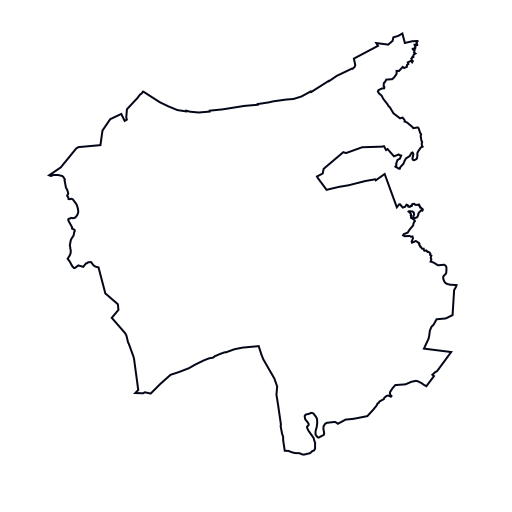 Lendžu pag., Rezeknes, Latvia, rotated 173°
{"feature_id": "27541924B30394779880329", "entity_name": "Lendžu pag.", "entity_type": "district", "adm_level": 2, "iso_a3": "LVA", "parent_name": "Latvia", "parent_adm1": "Rezeknes", "projection": "mercator", "projection_center": [27.481, 56.572], "detail": "fine", "context": "isolated", "style": "outline", "palette": "ink", "viewbox_px": 512, "rotation_deg": 173, "n_neighbors": 0, "source": "geoboundaries", "source_scale": "gbopen_adm2", "svg_char_len": 5895}
<svg xmlns="http://www.w3.org/2000/svg" viewBox="0 0 512 512"><g transform="rotate(173 256 256)"><path d="M74.0,136.9L100.6,143.6L94.8,152.9L93.7,156.1L92.5,160.8L90.4,164.4L88.1,166.2L84.5,171.2L75.3,170.9L68.1,173.4L63.5,198.0L61.3,201.0L60.5,202.7L66.5,203.8L69.2,204.7L71.3,206.1L72.3,208.0L72.9,210.6L72.8,212.0L72.5,213.0L69.8,215.2L69.2,216.3L68.6,219.4L68.4,221.8L69.0,223.3L70.3,224.4L76.5,224.6L80.6,227.9L83.4,229.2L82.4,231.0L82.4,231.6L82.8,232.4L82.8,233.1L81.9,235.0L83.1,236.0L82.7,237.0L83.2,238.1L84.4,239.1L85.2,239.1L86.2,240.7L87.9,240.6L88.5,241.0L88.7,242.8L90.0,242.9L90.6,243.5L91.1,244.7L91.7,245.0L92.0,245.7L91.8,246.1L92.7,247.3L92.7,247.7L92.4,248.1L92.6,248.4L92.4,248.6L92.8,249.3L93.7,249.8L94.7,250.8L95.6,251.4L99.5,250.2L99.8,251.2L98.0,254.5L98.2,255.0L98.3,256.3L100.0,256.3L101.1,257.2L105.9,257.5L107.5,258.6L106.7,259.7L102.6,260.7L100.5,263.3L96.3,267.2L95.7,269.2L94.7,270.7L94.1,271.1L94.1,271.9L95.2,273.2L97.5,275.0L97.2,276.8L97.4,277.1L97.1,277.3L97.1,278.4L97.3,278.5L97.4,279.5L99.1,281.5L98.5,281.8L95.2,281.1L94.1,279.9L94.0,277.9L94.7,276.9L95.2,275.4L94.8,274.1L91.6,274.7L90.6,275.8L89.8,277.3L89.8,278.1L89.1,279.1L86.4,281.3L85.7,281.4L85.7,280.9L85.4,280.7L84.9,281.3L84.8,282.1L86.5,283.9L87.0,283.9L87.4,284.9L87.2,285.2L87.8,285.8L87.7,286.8L88.0,287.3L88.8,287.0L91.6,287.3L92.6,288.5L94.5,288.5L95.1,286.9L95.5,286.6L96.3,287.0L96.9,286.7L97.1,286.1L97.8,286.0L98.9,286.5L99.1,287.9L100.3,288.6L102.1,286.7L104.4,286.2L106.8,289.8L107.5,289.9L110.3,287.2L118.3,321.7L127.9,316.5L128.4,317.6L138.5,317.1L155.7,314.9L165.2,314.5L177.9,313.1L185.1,325.8L185.8,327.5L179.8,329.7L178.2,334.3L156.7,348.4L154.1,347.2L137.4,351.0L117.8,349.2L115.6,349.4L114.0,345.3L112.4,346.1L106.9,338.1L102.0,339.4L101.7,338.9L99.7,338.0L101.3,335.1L103.9,334.0L105.7,330.3L105.5,329.5L105.6,328.9L106.8,327.8L106.6,327.4L104.8,326.4L104.2,325.6L103.0,325.1L102.5,325.2L102.4,326.0L101.7,326.8L98.5,329.5L96.8,332.5L95.2,334.6L91.2,336.5L89.0,339.4L88.1,339.7L87.5,338.7L87.5,337.5L88.9,333.5L88.5,332.3L87.3,331.8L85.1,332.6L84.3,333.3L83.5,336.3L83.5,337.4L83.1,338.9L82.3,340.1L79.2,343.6L77.3,344.2L77.8,345.6L77.9,347.0L77.2,349.0L77.7,350.2L77.9,352.4L77.8,353.4L78.0,354.2L77.8,355.7L77.3,356.3L77.4,357.0L78.1,358.3L79.0,363.0L79.8,363.9L84.3,363.7L84.8,364.7L89.7,370.0L92.1,371.4L91.7,372.2L93.6,375.5L96.3,375.1L102.2,380.9L105.0,387.3L106.2,388.6L107.0,390.6L110.5,396.4L111.8,399.9L114.1,402.4L115.0,404.4L114.3,405.6L113.1,406.1L110.7,406.9L108.4,406.8L108.0,408.0L108.6,409.1L108.0,412.1L106.6,413.2L105.2,415.2L99.3,414.9L97.2,416.4L94.6,419.2L94.2,419.9L93.9,422.6L91.5,422.2L87.3,425.8L86.1,424.5L83.2,425.4L82.9,427.1L81.4,428.0L81.8,429.6L78.1,430.9L77.4,429.3L76.6,430.3L77.2,430.9L77.8,432.9L77.5,433.4L76.7,433.7L76.4,434.6L75.6,434.4L75.2,436.2L74.4,437.0L73.1,437.5L74.3,438.7L73.6,440.7L74.4,441.1L75.2,442.1L75.2,442.5L73.9,442.4L73.3,443.2L73.0,442.5L72.7,442.5L72.0,445.0L72.9,446.0L72.9,446.3L70.3,445.8L70.3,446.8L70.9,447.7L70.4,448.2L70.4,449.0L68.7,449.7L74.7,450.1L82.3,449.3L83.6,459.0L88.1,457.1L93.0,456.3L94.2,452.9L99.0,449.7L110.7,452.7L109.3,449.7L134.8,440.0L134.2,433.4L135.2,431.5L137.5,430.0L138.0,430.3L154.0,424.9L161.3,421.1L162.5,420.6L162.6,420.9L181.3,412.0L181.6,412.7L191.4,408.8L199.6,407.3L207.1,407.6L220.0,407.4L224.8,406.9L235.8,406.6L235.8,405.9L249.5,406.4L271.3,405.6L284.3,405.9L284.4,405.0L295.4,405.4L304.0,407.3L307.5,408.7L307.6,408.0L316.2,410.4L324.9,415.3L332.8,420.4L347.8,432.9L348.3,432.9L349.3,431.5L351.6,430.2L354.6,427.1L366.2,417.4L367.9,409.4L367.6,407.1L369.9,406.1L372.4,413.4L384.0,409.6L393.1,399.2L396.9,385.0L419.0,385.7L421.4,384.6L438.9,367.8L451.5,361.3L449.8,360.4L447.0,361.1L442.5,360.5L438.6,359.0L437.7,358.1L436.4,355.3L436.9,354.1L436.7,353.5L436.3,346.9L435.3,344.7L434.8,341.5L434.9,340.4L435.9,339.3L436.1,338.7L435.2,337.1L435.1,335.4L434.2,335.1L432.1,335.3L430.9,334.5L428.1,329.6L427.5,328.0L427.0,324.5L427.0,321.5L427.6,320.0L428.4,318.5L429.7,317.1L431.1,316.0L433.0,315.8L435.0,316.4L436.1,315.8L437.5,315.7L437.9,314.9L437.9,314.0L435.0,306.8L435.3,305.7L432.9,304.0L432.8,302.9L433.7,301.7L433.7,301.1L434.6,298.5L437.1,295.6L438.0,294.0L439.5,289.3L439.3,287.1L439.4,286.0L439.2,283.9L439.6,281.6L440.7,279.4L443.3,276.2L441.7,273.5L439.6,268.3L438.2,266.3L437.4,266.1L433.5,268.3L428.8,266.3L425.6,269.4L424.6,269.4L423.4,270.2L420.5,270.1L418.7,267.0L417.7,265.8L416.0,264.7L413.7,263.9L410.1,237.2L399.0,225.0L399.1,219.3L406.7,212.2L395.2,195.2L394.3,192.7L393.5,185.7L393.0,184.6L390.0,171.6L389.6,169.0L389.2,137.4L392.5,134.7L384.7,133.5L383.0,134.3L377.3,132.3L366.8,140.5L355.3,148.5L347.1,150.1L336.3,152.8L329.4,155.7L320.3,158.8L315.3,160.1L310.8,160.4L309.2,161.5L303.8,163.1L299.0,164.2L297.4,164.1L288.6,166.1L280.3,166.7L264.3,166.2L262.7,157.8L261.4,152.7L252.7,132.1L250.9,123.9L252.6,115.9L252.2,104.1L251.8,85.6L252.3,84.3L251.8,76.5L251.1,73.2L251.5,70.0L251.2,59.2L247.6,58.6L244.3,56.8L241.1,55.6L236.9,55.0L234.6,53.6L232.8,53.0L226.5,53.7L224.0,55.4L222.0,56.0L220.9,57.5L220.1,63.3L220.7,66.0L221.0,68.4L225.1,76.0L226.2,79.0L226.1,80.4L224.5,81.6L224.2,82.7L224.8,84.4L226.8,87.5L227.1,88.3L227.2,91.2L226.8,91.9L225.6,92.6L222.6,92.9L220.4,93.6L219.4,93.3L218.2,92.7L216.1,89.1L215.4,87.4L215.3,86.2L215.6,82.7L216.6,78.8L218.2,75.0L218.7,71.4L217.1,68.8L216.0,68.1L210.5,70.2L209.9,71.9L210.2,76.2L209.7,78.7L208.0,80.9L206.0,81.8L197.9,81.7L196.1,80.5L195.2,79.5L187.0,82.7L179.1,82.5L165.0,83.5L158.2,89.3L154.2,93.2L153.4,94.8L152.3,95.1L151.2,96.5L146.6,98.4L145.8,99.7L143.5,101.2L141.8,101.4L139.3,99.9L138.7,100.3L138.6,100.5L139.3,101.2L139.6,102.1L139.8,103.3L139.6,104.5L136.9,107.8L133.5,110.9L123.3,110.4L117.1,112.2L112.5,112.6L110.8,112.0L107.1,109.6L105.5,108.0L102.8,106.0L94.0,115.1L95.4,116.6L92.3,118.9L90.6,119.5L89.3,120.7L74.0,136.9Z" fill="none" stroke="#020617" stroke-width="2"/></g></svg>